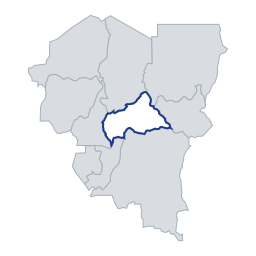 Central African Republic and the surrounding countries
{"feature_id": "CAF", "entity_name": "Central African Republic", "entity_type": "country or territory", "adm_level": 0, "iso_a3": "CAF", "parent_name": "Africa", "parent_adm1": "", "projection": "natural_earth1", "projection_center": [20.084, 6.633], "detail": "fine", "context": "with_neighbors", "style": "outline", "palette": "blue", "viewbox_px": 256, "rotation_deg": 0, "n_neighbors": 9, "source": "natural_earth", "source_scale": "50m", "svg_char_len": 9577}
<svg xmlns="http://www.w3.org/2000/svg" viewBox="0 0 256 256"><path d="M180.7,179.6L182.0,192.6L181.4,195.8L182.5,199.3L185.5,202.8L188.3,210.5L186.2,209.9L177.7,211.6L176.2,215.5L177.4,218.2L175.7,231.7L180.7,235.1L182.2,234.0L182.6,240.6L178.6,240.6L174.5,234.6L170.5,233.7L169.3,230.5L166.1,232.5L161.9,231.6L160.2,228.8L154.4,228.4L154.1,226.5L149.8,226.0L143.0,227.3L143.3,220.0L141.5,217.7L141.2,214.0L141.9,210.3L140.9,207.9L140.8,204.1L134.4,204.1L134.8,201.9L132.1,201.9L131.9,203.0L128.6,203.2L126.5,208.3L123.5,207.5L118.3,208.8L115.1,203.6L112.2,195.4L96.6,195.3L91.1,196.8L90.3,194.9L91.7,194.2L92.7,190.0L94.6,188.7L96.0,189.3L97.8,187.0L100.7,187.0L101.0,188.8L103.0,189.8L110.5,181.1L110.3,176.0L112.6,170.1L118.5,164.0L119.2,162.0L120.1,157.6L120.5,148.7L123.2,141.6L123.9,133.7L126.0,130.6L128.8,128.6L136.6,132.9L144.4,134.7L146.7,130.6L149.1,131.2L155.0,128.1L157.1,129.4L158.8,129.2L159.6,127.7L161.5,127.2L168.9,128.0L170.6,127.4L173.8,132.4L176.2,133.2L183.0,131.2L184.3,133.8L189.0,137.9L188.7,145.1L190.8,145.9L187.1,149.7L183.9,155.7L183.6,160.7L182.4,163.0L182.3,167.6L180.8,169.3L179.4,176.8L180.7,179.6Z" fill="#d9dde1" stroke="#a8b0b8" stroke-width="1"/><path d="M155.8,109.0L151.7,106.3L149.9,104.6L150.4,97.6L147.3,93.8L146.8,89.7L144.8,87.9L144.8,84.3L143.7,81.9L141.8,82.3L143.7,77.5L143.1,74.9L144.8,73.0L143.7,71.6L147.5,63.3L152.0,63.7L151.7,36.7L157.6,36.7L157.5,24.4L218.9,24.4L220.8,30.5L219.6,31.6L220.6,37.9L222.7,45.3L227.6,49.0L225.1,52.6L221.3,53.6L219.7,55.5L217.2,68.6L217.8,71.0L217.0,76.3L215.0,82.3L211.9,85.4L209.2,92.6L206.7,94.3L205.2,100.7L205.4,106.2L205.3,101.4L204.5,101.3L203.9,96.2L201.2,93.7L200.5,89.3L201.1,84.8L198.6,84.4L198.3,85.7L195.1,86.0L196.4,87.8L196.9,91.5L191.5,99.3L188.8,99.9L184.3,96.4L182.3,97.6L181.8,99.4L179.1,100.6L178.9,101.8L173.7,101.8L172.9,100.6L169.1,100.4L167.2,101.4L165.8,100.9L162.1,95.6L158.4,96.5L155.6,104.8L152.2,106.6L155.8,109.0Z" fill="#d9dde1" stroke="#a8b0b8" stroke-width="1"/><path d="M151.6,39.3L152.0,63.7L147.5,63.3L143.7,71.6L144.8,73.0L143.1,74.9L143.7,77.5L141.8,82.3L143.7,81.9L144.8,84.3L144.8,87.9L146.8,89.7L146.7,91.1L143.4,92.2L140.7,94.7L136.9,101.4L132.0,104.2L125.4,104.4L125.9,106.5L120.9,111.1L114.3,113.4L112.1,111.9L111.1,113.5L106.7,114.0L107.6,112.3L105.2,105.5L102.9,104.5L99.8,100.9L100.9,98.0L107.8,98.3L104.9,92.7L104.8,84.5L102.7,80.6L103.3,77.7L99.9,77.6L100.0,73.6L97.8,71.4L100.1,63.3L106.8,57.5L107.2,49.5L109.2,37.0L110.4,34.4L108.3,32.2L108.2,30.3L106.3,28.7L105.1,19.1L110.3,15.7L151.6,39.3Z" fill="#d9dde1" stroke="#a8b0b8" stroke-width="1"/><path d="M105.1,19.1L106.3,28.7L108.2,30.3L108.3,32.2L110.4,34.4L109.2,37.0L107.2,49.5L106.8,57.5L100.1,63.3L97.8,71.4L100.0,73.6L99.9,77.6L103.3,77.7L102.7,80.6L101.3,81.0L101.1,82.9L100.1,83.1L96.6,76.3L95.4,76.1L91.2,79.5L84.4,77.4L82.8,78.2L79.8,78.0L76.6,80.7L74.0,80.8L67.6,77.6L65.1,79.1L62.5,79.0L60.5,76.7L55.3,74.4L49.6,75.2L48.3,76.5L47.5,80.0L45.9,82.5L45.5,88.0L41.5,84.4L39.6,84.5L37.8,86.3L38.0,82.0L32.0,80.7L31.9,77.7L29.0,73.7L28.4,70.9L28.9,67.9L32.2,67.7L34.2,65.5L46.0,64.0L46.6,60.2L49.5,56.1L49.8,41.9L57.2,39.2L72.5,27.1L90.4,15.4L98.5,18.0L101.4,21.4L105.1,19.1Z" fill="#d9dde1" stroke="#a8b0b8" stroke-width="1"/><path d="M40.2,121.1L40.5,107.3L41.6,103.4L45.8,97.8L45.3,96.1L46.4,93.6L45.2,90.0L45.9,82.5L47.5,80.0L48.3,76.5L49.6,75.2L55.3,74.4L60.5,76.7L62.5,79.0L65.1,79.1L67.6,77.6L74.0,80.8L76.6,80.7L79.8,78.0L82.8,78.2L84.4,77.4L91.2,79.5L95.4,76.1L96.6,76.3L100.1,83.1L101.1,82.9L103.1,85.4L102.3,88.5L97.8,93.3L93.4,106.0L90.6,108.5L88.1,116.7L84.4,118.7L81.5,116.2L79.5,116.3L76.3,119.9L74.8,119.9L70.8,130.2L65.3,132.4L63.3,132.1L61.3,133.4L57.1,133.3L54.3,129.5L52.6,125.0L48.8,121.0L40.2,121.1Z" fill="#d9dde1" stroke="#a8b0b8" stroke-width="1"/><path d="M102.7,80.6L104.8,84.5L104.9,92.7L107.8,98.3L100.9,98.0L99.8,100.9L102.9,104.5L105.2,105.5L107.6,112.3L104.1,120.2L102.8,121.3L102.5,130.4L104.9,133.6L107.3,139.0L109.8,141.0L110.6,145.5L110.2,148.8L101.7,145.8L76.9,145.4L77.7,140.6L75.6,136.5L73.2,135.5L72.1,132.8L70.8,131.9L72.2,125.8L74.8,119.9L76.3,119.9L79.5,116.3L81.5,116.2L84.4,118.7L88.1,116.7L90.6,108.5L93.4,106.0L97.8,93.3L102.3,88.5L103.1,85.4L101.1,82.9L101.3,81.0L102.7,80.6Z" fill="#d9dde1" stroke="#a8b0b8" stroke-width="1"/><path d="M123.5,137.9L123.2,141.6L120.5,148.7L120.1,157.6L119.2,162.0L118.5,164.0L112.6,170.1L110.3,176.0L110.5,181.1L103.0,189.8L101.0,188.8L100.7,187.0L97.8,187.0L96.0,189.3L92.6,186.6L88.9,190.3L84.5,183.8L88.6,180.4L86.6,176.3L88.4,174.8L91.9,174.0L92.4,171.3L95.2,174.3L99.9,174.5L101.5,171.6L102.1,167.6L101.6,162.8L99.1,159.2L101.4,152.1L100.0,150.9L96.1,151.4L94.6,148.2L95.0,145.5L101.7,145.8L110.2,148.8L110.6,145.5L113.3,139.8L116.5,136.6L123.5,137.9Z" fill="#d9dde1" stroke="#a8b0b8" stroke-width="1"/><path d="M85.5,145.6L91.2,146.0L94.4,145.2L95.0,145.5L94.6,148.2L96.1,151.4L100.0,150.9L101.4,152.1L99.1,159.2L101.6,162.8L102.1,167.6L101.5,171.6L99.9,174.5L95.2,174.3L92.4,171.3L91.9,174.0L88.4,174.8L86.6,176.3L88.6,180.4L84.5,183.8L75.6,172.5L72.4,166.2L76.0,153.2L85.5,152.9L85.5,145.6Z" fill="#d9dde1" stroke="#a8b0b8" stroke-width="1"/><path d="M189.0,137.9L184.3,133.8L183.0,131.2L176.2,133.2L173.8,132.4L169.8,125.4L165.8,123.0L164.5,119.3L158.7,113.5L158.6,111.5L152.2,106.6L155.6,104.8L158.4,96.5L162.1,95.6L165.8,100.9L167.2,101.4L169.1,100.4L172.9,100.6L173.7,101.8L178.9,101.8L179.1,100.6L181.8,99.4L182.3,97.6L184.3,96.4L188.8,99.9L191.5,99.3L196.9,91.5L196.4,87.8L195.1,86.0L198.3,85.7L198.6,84.4L201.1,84.8L200.5,89.3L201.2,93.7L203.9,96.2L204.5,101.3L205.3,101.4L205.4,106.2L204.6,108.1L201.8,108.2L200.0,111.7L203.3,112.2L206.0,115.2L206.9,117.6L209.3,119.0L212.5,125.7L202.5,136.2L198.8,136.2L194.5,137.6L191.1,136.2L189.0,137.9Z" fill="#d9dde1" stroke="#a8b0b8" stroke-width="1"/><path d="M153.5,106.3L153.8,106.4L153.9,106.7L153.7,107.6L153.9,108.1L154.3,108.6L154.7,108.8L155.2,108.9L156.6,109.2L157.3,109.6L158.1,110.6L159.1,111.6L159.3,112.1L159.3,112.6L159.0,113.1L159.0,113.4L159.5,113.9L160.1,114.5L161.0,115.1L162.7,116.1L163.5,116.8L163.8,117.3L164.2,117.9L164.8,118.4L165.3,118.8L165.0,119.9L165.1,120.2L165.2,120.5L165.6,121.0L165.7,121.5L166.1,122.2L166.5,122.6L167.2,122.7L167.6,123.0L168.3,123.6L169.1,124.0L169.4,124.4L169.6,124.7L169.8,125.0L169.9,125.3L169.9,126.1L170.0,127.0L170.4,127.6L170.8,128.1L169.3,127.6L169.0,127.6L168.8,127.7L168.0,128.3L167.7,128.4L167.4,128.3L166.7,128.3L164.3,127.7L162.4,127.2L161.9,127.1L160.9,126.9L160.2,127.2L159.6,128.4L159.4,128.6L158.4,129.0L158.0,128.9L156.8,129.2L155.1,128.7L154.5,128.8L154.0,129.1L152.8,129.6L152.0,129.9L151.1,130.2L150.3,130.6L149.7,130.9L149.2,130.8L148.7,130.6L148.1,130.4L147.5,130.4L146.8,130.5L146.2,131.0L146.0,131.3L145.5,132.2L144.9,133.6L144.7,133.9L144.6,134.0L141.7,133.4L140.6,133.2L139.8,133.4L138.8,133.0L138.4,132.9L138.2,133.1L137.6,132.9L136.7,132.4L135.8,132.2L135.1,132.2L134.6,132.1L134.2,131.6L133.7,130.7L132.8,129.8L131.7,129.1L130.9,128.6L130.6,128.2L130.0,128.0L129.0,128.0L128.1,128.4L126.7,129.5L125.5,131.7L124.8,132.6L124.2,132.8L124.1,133.3L124.4,134.2L124.4,135.2L124.2,136.9L124.3,138.1L124.0,137.9L123.7,137.3L123.6,137.2L122.8,137.5L122.3,137.7L122.1,137.9L121.9,138.0L121.7,137.7L121.1,137.7L120.8,137.7L120.6,137.6L120.4,137.6L120.0,137.5L118.6,137.0L118.4,136.8L118.1,136.8L117.4,137.3L117.0,137.4L115.8,137.6L114.5,137.8L114.1,137.8L113.7,137.9L113.5,138.2L113.4,138.8L113.1,139.8L113.0,140.0L113.0,140.4L113.0,141.1L112.9,141.7L113.0,142.1L112.6,142.9L112.2,143.8L111.8,144.7L111.5,145.5L111.2,144.9L111.0,144.3L111.0,143.5L111.0,143.3L110.9,143.1L110.8,142.4L110.9,142.0L110.8,141.6L110.5,141.2L110.3,140.9L110.1,140.6L110.0,140.4L109.7,140.4L109.3,140.3L108.8,139.6L108.3,139.0L107.6,138.2L107.1,137.6L106.5,136.7L105.9,136.0L105.5,135.2L105.4,134.8L105.6,134.8L105.8,134.8L105.9,134.7L105.7,133.9L105.5,133.2L105.3,132.7L104.6,132.0L104.0,131.5L103.8,131.2L103.7,130.8L103.4,128.4L103.3,127.7L103.1,127.4L103.0,127.2L102.9,127.1L102.9,126.6L103.0,126.2L103.2,125.8L103.2,123.5L103.1,123.4L103.0,123.2L102.8,123.2L102.6,123.2L102.4,122.8L102.2,122.4L102.3,122.1L102.5,121.9L102.7,121.7L102.9,121.5L103.6,121.1L103.9,120.9L104.0,120.7L104.1,120.4L104.5,119.3L105.2,118.1L105.4,117.9L105.7,117.1L106.1,116.1L106.2,115.7L106.3,115.3L106.6,114.9L107.3,114.3L107.8,113.3L108.4,113.4L109.0,113.5L109.7,113.6L110.3,113.4L110.7,113.0L111.5,112.7L112.5,112.3L112.7,111.8L113.0,111.5L113.3,111.3L113.4,111.2L113.4,111.4L113.6,112.0L114.1,112.5L114.7,113.2L114.9,113.1L115.2,112.7L116.2,112.4L116.4,112.2L117.1,111.6L117.9,111.1L118.1,111.1L118.4,111.0L119.2,110.5L119.8,110.6L120.8,110.5L122.4,110.3L123.5,110.2L124.1,110.1L124.4,109.4L124.6,109.2L125.0,108.9L125.9,107.9L126.4,107.1L126.6,106.8L126.7,106.7L127.0,106.4L126.7,106.0L125.8,105.3L125.8,105.2L125.7,105.1L125.8,105.0L126.1,104.7L126.6,104.3L127.1,104.2L128.5,104.2L129.6,104.1L129.9,104.2L130.8,104.0L131.4,103.8L132.0,103.5L133.5,103.5L134.6,102.6L135.0,102.4L135.2,102.2L135.7,101.8L136.3,101.0L136.8,100.4L137.0,99.9L138.3,98.3L138.8,98.3L139.0,98.1L139.5,97.1L139.7,96.9L140.0,96.8L140.3,96.7L140.5,96.4L140.7,95.9L140.7,95.3L140.6,94.9L140.6,94.6L140.8,94.4L141.0,94.2L142.0,93.6L142.3,93.4L142.4,93.1L142.7,93.1L143.0,93.1L143.2,92.9L143.4,92.7L144.1,92.3L144.8,92.0L145.5,92.2L146.0,92.3L146.5,92.5L147.1,93.3L147.3,93.5L148.8,95.3L149.1,95.8L149.9,97.1L150.3,98.0L150.9,99.2L150.9,99.9L150.9,100.5L150.7,102.2L150.6,102.7L149.9,103.6L149.9,104.0L150.0,104.3L150.3,104.5L150.3,105.4L150.5,105.7L151.1,105.9L152.3,106.1L153.0,106.2L153.5,106.3Z" fill="none" stroke="#1e3a8a" stroke-width="2"/></svg>